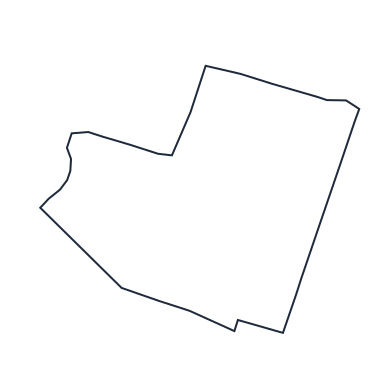 outline of Nova Hartz, Rio Grande do Sul, Brazil, rotated 103°
{"feature_id": "56859067B47796147191103", "entity_name": "Nova Hartz", "entity_type": "district", "adm_level": 2, "iso_a3": "BRA", "parent_name": "Brazil", "parent_adm1": "Rio Grande do Sul", "projection": "natural_earth1", "projection_center": [-50.904, -29.592], "detail": "fine", "context": "isolated", "style": "outline", "palette": "slate", "viewbox_px": 384, "rotation_deg": 103, "n_neighbors": 0, "source": "geoboundaries", "source_scale": "gbopen_adm2", "svg_char_len": 544}
<svg xmlns="http://www.w3.org/2000/svg" viewBox="0 0 384 384"><g transform="rotate(103 192 192)"><path d="M177.1,323.8L187.0,317.3L198.8,315.3L208.4,316.3L219.3,321.1L230.9,330.2L241.5,336.3L301.3,239.0L305.6,199.3L308.3,167.8L318.0,119.4L306.4,118.5L308.8,71.7L268.7,67.5L251.9,66.1L195.8,60.4L131.7,53.8L86.2,49.3L73.5,47.7L68.1,62.5L72.1,81.2L71.2,90.5L68.6,137.9L66.0,171.4L66.0,207.1L114.6,211.4L160.8,219.8L162.4,233.8L160.0,261.8L158.2,291.3L156.9,306.6L161.9,322.4L177.1,323.8Z" fill="none" stroke="#1e293b" stroke-width="2"/></g></svg>